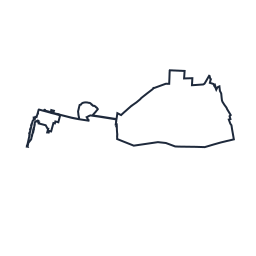 the district of Braila, Braila, Romania, rotated 67°
{"feature_id": "2599482B33603161036297", "entity_name": "Braila", "entity_type": "district", "adm_level": 2, "iso_a3": "ROU", "parent_name": "Romania", "parent_adm1": "Braila", "projection": "orthographic", "projection_center": [27.92, 45.241], "detail": "fine", "context": "isolated", "style": "outline", "palette": "slate", "viewbox_px": 256, "rotation_deg": 67, "n_neighbors": 0, "source": "geoboundaries", "source_scale": "gbopen_adm2", "svg_char_len": 3861}
<svg xmlns="http://www.w3.org/2000/svg" viewBox="0 0 256 256"><g transform="rotate(67 128 128)"><path d="M146.5,129.6L152.7,106.0L156.6,99.0L163.4,91.8L164.9,88.7L171.9,72.8L175.0,66.1L175.6,64.8L176.6,55.9L176.7,55.1L177.6,48.1L178.2,44.5L178.6,42.0L179.0,39.9L179.8,35.0L175.1,33.9L169.8,32.7L165.9,31.7L164.1,32.1L163.6,32.1L159.6,31.9L159.8,30.2L156.8,29.9L156.2,28.4L149.4,29.4L147.7,29.4L144.4,30.2L140.8,30.8L139.2,30.7L137.1,30.1L132.6,28.7L129.8,28.9L125.4,27.6L125.4,28.9L125.5,29.5L126.0,30.4L127.2,31.8L126.6,31.8L125.0,31.7L124.2,31.9L124.3,31.4L122.0,31.1L122.0,32.1L120.9,32.1L118.4,35.0L116.0,33.2L115.5,32.7L115.2,33.0L114.5,33.0L111.9,32.6L111.6,32.9L115.9,38.6L117.0,40.1L117.2,40.8L117.3,41.8L114.5,49.9L113.6,52.4L107.3,49.3L104.3,57.0L97.6,53.6L94.4,60.3L91.2,67.0L91.4,67.2L92.8,67.8L93.0,67.9L93.1,68.0L95.3,69.0L98.3,70.4L103.4,72.8L102.4,75.1L102.1,75.8L102.0,76.5L101.4,88.2L101.4,88.4L101.3,88.6L101.2,88.7L101.1,88.8L101.1,89.0L101.3,89.1L101.5,89.3L101.7,89.7L102.0,90.6L103.7,97.2L105.2,102.7L105.4,103.3L105.5,103.8L105.7,104.3L106.3,105.6L106.5,106.2L107.7,110.2L108.2,112.6L108.6,114.4L108.9,116.0L109.0,116.0L109.3,117.3L109.5,117.8L109.6,118.1L110.0,119.4L111.4,123.5L111.9,125.1L113.2,128.8L113.4,129.3L110.2,132.0L111.6,132.8L115.3,135.1L107.4,147.8L102.5,155.8L100.4,151.3L99.5,149.7L99.4,149.3L98.8,148.4L98.3,148.5L97.1,148.8L96.3,149.4L95.6,149.5L94.4,150.4L94.0,151.4L92.8,151.9L92.9,152.0L92.0,152.5L91.8,152.5L91.7,152.5L90.6,152.9L89.9,153.5L89.6,154.1L89.3,154.6L88.8,155.2L88.4,155.9L87.8,157.1L87.5,158.1L87.4,158.4L87.3,159.2L87.2,159.8L87.4,161.1L87.6,161.5L88.1,162.2L87.9,163.5L90.1,165.2L91.9,166.5L92.7,167.1L92.8,167.2L93.3,167.5L94.3,167.8L96.0,168.3L96.3,168.4L96.4,168.5L98.7,168.9L99.5,169.1L99.8,169.2L99.8,169.4L99.9,169.5L100.4,170.0L97.4,174.5L96.2,176.2L89.4,185.2L89.0,185.7L88.7,185.9L88.3,186.3L87.8,186.9L87.6,187.2L87.5,187.4L87.4,187.7L86.8,188.6L85.9,189.7L83.8,192.4L83.7,192.3L83.9,192.1L84.0,191.9L84.3,191.6L84.8,190.9L84.6,190.8L84.4,190.7L84.1,190.5L84.1,190.4L84.2,190.2L83.9,190.0L83.4,189.7L83.2,189.5L83.0,189.8L82.9,189.8L82.7,190.1L82.6,190.3L81.5,191.6L83.3,192.9L82.8,193.5L81.4,195.2L80.0,197.0L79.9,197.2L79.7,197.2L79.4,197.3L79.0,197.3L78.8,197.4L78.7,197.5L78.6,197.8L78.7,198.0L78.8,198.1L79.1,198.5L80.0,197.2L80.8,196.3L81.9,194.8L83.4,193.0L83.7,193.2L82.4,194.9L81.2,196.4L78.1,200.4L77.1,201.6L76.2,202.8L76.3,203.1L78.8,205.1L79.0,205.1L79.4,205.2L79.3,205.5L82.2,207.9L81.6,208.6L81.5,208.9L82.1,209.3L81.5,210.7L82.6,211.1L83.2,210.2L83.8,210.6L83.7,211.0L83.7,211.3L83.7,211.6L83.8,212.0L83.9,212.3L84.0,212.6L84.4,213.1L87.4,215.5L87.2,215.7L87.7,216.1L87.9,215.8L90.8,217.9L90.5,218.2L91.1,218.7L91.4,218.3L94.1,220.3L93.9,220.6L94.4,221.0L94.7,220.7L95.7,221.4L95.8,221.2L102.1,225.7L105.0,227.8L104.9,228.0L105.3,228.2L105.6,228.4L105.7,228.2L106.0,227.7L105.9,227.7L102.8,225.6L100.6,221.6L97.3,219.3L97.4,219.2L94.5,217.2L94.8,216.9L94.2,216.5L94.0,216.8L92.9,216.0L93.1,215.7L92.6,215.3L92.3,215.7L91.2,214.8L91.3,214.6L88.7,212.7L88.5,212.9L86.2,211.3L85.8,208.3L86.3,207.7L87.2,208.5L88.0,207.6L88.9,208.4L93.3,202.7L97.1,202.3L97.5,201.7L100.5,204.1L100.7,203.7L101.2,202.8L99.9,201.7L101.1,200.1L94.3,194.7L95.2,193.5L93.6,192.3L95.5,189.9L89.8,185.5L88.5,187.2L88.3,187.3L88.0,187.8L86.5,189.6L85.9,190.4L84.2,192.7L83.9,192.5L84.9,191.2L86.5,189.2L87.5,187.8L89.4,185.3L96.3,176.3L97.5,174.6L100.5,170.1L105.8,161.5L105.5,161.3L105.1,161.9L105.0,162.0L104.4,161.5L101.9,161.8L101.9,161.1L101.7,159.5L101.7,158.6L101.7,158.0L101.8,157.5L102.7,156.1L106.0,150.6L115.5,135.4L117.1,136.3L117.2,136.2L119.9,137.9L120.3,137.0L121.2,137.7L121.8,138.1L122.0,137.6L123.7,138.3L125.8,139.1L129.3,140.3L129.6,140.4L130.4,140.8L130.4,140.7L131.6,141.3L133.9,142.3L136.9,139.3L145.1,131.0L146.5,129.6Z" fill="none" stroke="#1e293b" stroke-width="2"/></g></svg>